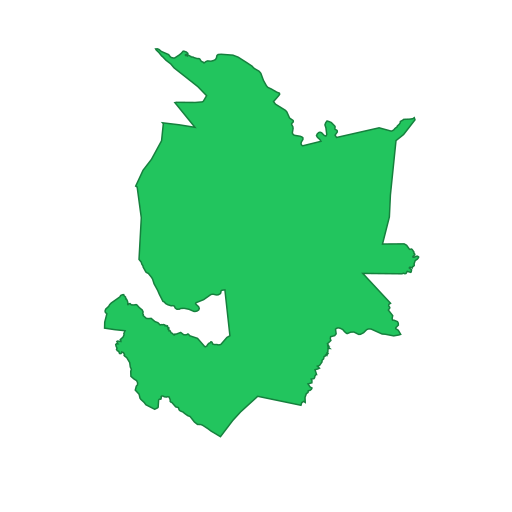 outline of Cuautepec, Guerrero, Mexico, rotated 109°
{"feature_id": "50627088B24932390354910", "entity_name": "Cuautepec", "entity_type": "district", "adm_level": 2, "iso_a3": "MEX", "parent_name": "Mexico", "parent_adm1": "Guerrero", "projection": "equal_earth", "projection_center": [-98.954, 16.72], "detail": "fine", "context": "isolated", "style": "filled", "palette": "green", "viewbox_px": 512, "rotation_deg": 109, "n_neighbors": 0, "source": "geoboundaries", "source_scale": "gbopen_adm2", "svg_char_len": 6081}
<svg xmlns="http://www.w3.org/2000/svg" viewBox="0 0 512 512"><g transform="rotate(109 256 256)"><path d="M75.5,150.0L73.7,151.4L75.1,152.4L76.6,155.3L78.7,160.8L79.8,161.5L81.8,163.3L83.0,163.0L84.7,163.4L87.1,164.7L87.9,164.6L90.1,166.1L92.2,166.9L93.9,168.7L94.7,181.3L117.7,218.4L116.0,220.6L112.2,219.5L110.9,220.2L110.4,222.6L109.4,223.1L108.2,223.2L107.5,223.8L105.3,228.2L105.1,230.5L105.2,232.8L107.4,233.5L109.6,233.5L112.1,231.6L118.2,228.6L119.9,229.0L119.8,230.8L118.1,234.1L118.1,235.8L118.9,236.9L120.6,237.8L122.5,238.0L123.8,236.5L125.1,233.4L126.4,231.9L136.6,247.7L136.5,248.6L135.3,250.0L133.3,250.2L130.6,249.6L129.0,250.1L128.5,251.3L128.4,253.2L129.4,259.2L128.8,260.7L127.9,261.7L123.3,262.5L121.7,263.3L120.2,265.0L119.2,265.4L117.0,264.4L115.8,265.0L114.6,269.2L109.7,273.8L108.7,275.6L106.1,287.0L104.3,289.7L96.9,286.7L95.3,286.3L94.4,286.9L94.3,289.8L93.1,295.9L92.7,299.8L91.7,301.5L87.6,306.1L81.7,310.9L80.3,313.2L79.4,317.9L78.9,319.6L77.8,321.5L76.3,327.2L73.8,337.6L73.6,343.2L76.6,354.6L77.8,357.4L79.1,358.2L82.0,357.9L83.7,358.5L84.9,359.7L86.5,362.0L87.3,365.3L88.3,366.5L90.3,367.9L90.4,368.3L90.0,368.7L89.8,370.7L89.5,371.5L88.1,373.2L87.9,374.1L88.5,376.1L88.6,379.2L88.4,380.5L88.8,381.3L88.9,382.1L88.5,382.5L88.5,383.3L88.1,385.3L88.2,385.7L89.2,385.9L89.0,386.7L89.4,387.7L89.3,388.0L88.6,388.2L87.7,386.7L87.2,386.3L86.6,386.4L85.8,388.3L85.8,390.9L86.1,391.6L88.6,392.6L90.9,394.0L95.0,397.2L95.6,397.9L95.9,400.5L95.6,401.8L94.0,404.2L93.4,412.2L92.3,414.9L92.2,416.6L92.9,418.3L93.7,417.4L95.2,414.1L97.6,410.3L97.9,409.3L100.2,404.9L102.1,399.2L104.8,394.7L114.8,366.1L120.5,354.9L126.9,356.2L127.8,357.0L130.6,363.4L136.6,381.3L137.4,382.6L154.2,355.6L157.0,371.6L160.5,387.7L161.1,386.7L177.8,382.8L198.6,386.3L211.7,390.7L229.1,392.5L229.5,390.8L257.2,376.9L297.3,365.5L299.2,362.5L301.0,361.2L302.1,359.7L303.2,359.1L307.0,354.9L307.4,353.5L307.5,352.1L310.3,347.7L311.6,346.2L315.5,343.3L320.5,337.8L323.7,334.9L329.2,329.2L329.3,327.8L330.4,325.9L330.8,323.4L330.7,320.0L330.0,318.5L329.9,317.4L330.3,316.6L331.6,315.3L332.1,313.4L331.2,311.1L330.2,310.2L329.6,308.9L328.8,306.7L328.2,302.0L328.6,296.7L328.3,295.6L327.3,293.9L325.6,292.6L324.0,292.6L322.6,293.8L321.3,296.8L320.7,297.6L319.7,297.5L314.3,291.3L307.1,286.1L306.1,284.3L305.7,280.7L305.0,279.1L303.4,277.6L302.5,277.3L300.4,277.7L299.5,277.1L298.1,274.4L339.9,254.7L342.5,257.0L351.0,260.4L351.7,261.3L352.4,262.9L352.4,264.1L353.3,266.6L353.3,268.3L351.9,269.5L351.7,270.2L351.8,270.7L352.9,271.0L353.7,272.0L355.5,272.9L357.0,273.1L358.4,274.4L358.3,275.1L352.9,284.5L353.0,292.6L351.9,294.5L352.0,295.2L352.8,295.7L353.5,296.9L354.0,298.7L352.8,302.3L355.9,306.1L356.2,307.3L357.0,307.3L357.4,307.7L356.4,310.0L356.2,311.4L354.8,312.7L355.0,313.8L354.4,313.8L354.3,314.6L353.7,315.4L353.3,314.8L352.4,314.9L352.2,316.1L350.9,317.0L351.5,317.9L351.0,318.6L351.6,319.3L350.9,319.9L350.9,321.1L351.4,321.9L351.7,323.2L352.4,324.2L351.0,327.0L350.9,330.2L349.1,334.8L350.2,337.4L350.7,339.4L349.0,343.3L348.0,343.5L347.2,344.5L345.7,344.5L344.1,346.0L342.7,349.7L341.0,352.8L341.0,353.6L342.0,355.4L342.8,358.0L342.0,359.6L342.4,360.4L343.7,361.2L343.6,361.5L341.6,362.1L340.6,362.8L339.1,364.2L339.0,365.1L338.4,365.1L338.0,365.7L337.3,366.0L336.4,368.0L335.6,368.5L336.1,369.7L337.4,371.1L339.0,371.4L347.6,377.6L349.6,378.5L351.6,378.9L355.1,380.8L357.2,380.8L358.4,380.0L359.2,378.2L367.8,377.5L373.5,375.7L371.7,365.9L369.3,355.5L372.4,355.7L373.4,355.1L375.9,355.3L379.2,357.1L379.7,356.4L380.8,355.9L381.5,359.2L382.1,359.7L382.7,359.0L383.6,358.8L384.0,358.0L384.3,358.6L384.4,359.4L385.4,359.8L387.0,358.8L388.4,357.4L389.7,357.5L390.7,356.3L390.9,354.7L392.6,353.3L392.3,352.0L391.1,351.4L390.5,351.6L390.5,349.9L391.8,348.3L392.7,348.5L393.3,347.8L394.2,345.1L397.9,340.7L401.9,338.7L403.6,337.0L405.8,336.9L410.5,335.1L412.0,331.4L412.7,328.3L414.5,326.6L416.6,326.1L418.0,326.8L422.1,326.5L424.8,321.5L428.2,319.4L429.1,318.1L430.9,314.0L432.5,311.7L433.9,301.9L431.6,299.6L430.8,299.3L423.8,301.2L422.8,300.7L422.4,299.4L420.8,299.4L419.9,299.9L418.9,299.3L418.7,297.7L419.0,297.0L418.5,294.7L417.7,293.6L417.6,292.3L420.0,290.2L421.3,289.9L421.8,289.2L421.9,287.8L424.8,282.8L424.6,280.1L426.5,278.6L427.1,277.2L427.3,274.2L428.1,272.3L429.2,268.5L429.2,266.1L433.0,260.2L434.3,256.5L433.3,253.2L433.4,251.4L435.0,245.0L436.2,241.4L438.4,230.8L419.0,224.4L408.4,219.8L388.1,208.7L382.5,164.9L379.7,165.0L378.0,163.6L378.4,161.8L373.8,163.6L369.8,163.6L368.1,162.4L366.4,162.7L365.5,161.2L363.9,160.2L362.6,160.1L362.2,162.3L360.0,165.2L357.7,161.9L355.7,162.5L354.4,163.7L353.1,161.3L352.0,161.0L350.2,161.2L348.4,160.6L348.3,160.2L344.3,163.2L342.8,160.9L341.4,159.5L340.2,162.1L338.8,160.3L334.7,159.1L333.1,159.6L331.3,158.6L328.9,158.9L327.7,157.6L327.0,158.0L326.2,157.2L326.6,156.6L325.6,156.6L324.9,156.2L324.7,157.4L323.3,156.7L322.6,157.3L321.4,157.3L319.9,157.9L319.4,156.2L318.8,157.8L318.1,157.4L317.9,158.8L317.4,159.0L316.9,158.4L315.8,159.9L311.5,157.7L309.9,158.9L308.0,159.2L305.7,155.7L303.5,154.9L299.3,157.0L298.4,156.5L297.2,155.1L296.9,152.9L297.3,150.0L298.7,147.7L299.7,145.2L299.6,144.4L297.2,141.7L296.0,138.7L296.7,133.4L296.0,131.7L293.5,129.3L289.6,127.4L288.2,125.7L287.6,123.3L288.7,111.4L287.9,108.4L286.7,99.8L284.2,95.3L283.0,93.7L279.9,97.3L279.2,100.3L278.3,100.5L275.0,98.9L273.2,99.6L272.0,100.9L271.8,104.6L272.2,106.0L270.6,107.0L267.9,107.3L264.0,113.3L261.7,112.6L261.0,112.8L260.0,114.3L258.5,114.7L256.9,113.4L237.7,149.4L225.3,112.2L224.3,111.0L224.3,109.5L223.7,108.5L221.3,108.0L221.1,104.4L220.5,104.1L218.4,104.4L217.5,107.1L216.9,107.2L216.5,106.9L216.3,106.1L216.4,104.3L214.9,104.4L214.4,103.7L213.4,103.3L211.8,104.0L208.6,104.0L206.4,102.4L204.5,101.8L203.9,102.0L203.6,103.3L204.2,104.7L205.6,105.9L206.0,106.9L206.0,107.2L205.4,107.5L203.8,106.6L202.6,106.4L201.9,107.7L200.9,107.9L199.0,110.5L198.8,111.3L199.7,112.8L199.3,113.6L196.8,117.1L196.3,119.9L203.5,140.3L175.7,142.6L154.5,148.8L101.3,161.2L93.1,156.0L75.5,150.0Z" fill="#22c55e" stroke="#15803d" stroke-width="1.5"/></g></svg>